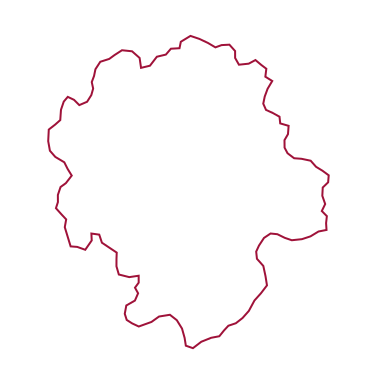 Coronel Pacheco, Minas Gerais, Brazil (Mercator projection), rotated 84°
{"feature_id": "56859067B41803653618931", "entity_name": "Coronel Pacheco", "entity_type": "district", "adm_level": 2, "iso_a3": "BRA", "parent_name": "Brazil", "parent_adm1": "Minas Gerais", "projection": "mercator", "projection_center": [-43.291, -21.602], "detail": "fine", "context": "isolated", "style": "outline", "palette": "rose", "viewbox_px": 384, "rotation_deg": 84, "n_neighbors": 0, "source": "geoboundaries", "source_scale": "gbopen_adm2", "svg_char_len": 1768}
<svg xmlns="http://www.w3.org/2000/svg" viewBox="0 0 384 384"><g transform="rotate(84 192 192)"><path d="M320.2,259.0L317.0,245.9L312.4,237.8L311.8,226.8L317.9,220.5L326.8,216.2L336.3,214.6L344.2,214.2L347.4,207.4L341.9,198.4L339.0,188.2L338.3,179.9L333.1,174.7L328.8,169.8L327.1,162.1L322.6,154.9L316.2,147.9L306.4,141.2L299.9,134.0L292.7,127.2L283.3,127.7L273.0,128.8L265.2,134.4L258.0,134.4L252.3,131.0L245.2,125.2L241.5,118.2L242.9,111.5L247.3,104.5L250.4,97.8L250.4,87.6L248.5,78.8L244.5,70.3L243.8,62.2L237.0,61.9L230.1,60.4L224.5,64.9L217.9,60.8L209.4,62.8L201.2,61.5L196.6,55.6L189.7,54.3L184.5,60.0L179.9,66.0L173.3,70.7L170.4,79.7L169.1,86.9L163.5,92.9L157.6,95.3L150.1,94.6L144.5,90.5L136.3,89.0L133.0,97.1L126.3,97.1L121.8,103.5L118.1,109.8L111.6,111.9L104.7,109.7L97.2,106.0L90.0,100.6L85.0,107.0L77.2,105.2L72.9,109.8L67.4,115.1L70.3,122.2L70.3,132.0L63.2,135.1L56.3,134.4L49.4,139.4L49.0,147.2L50.6,153.6L45.4,160.6L40.5,168.7L36.6,177.2L41.4,187.4L47.7,189.4L47.3,198.0L52.6,203.6L53.8,212.8L62.0,220.6L63.2,229.7L53.2,230.1L45.8,236.9L43.7,246.8L47.7,254.7L51.0,260.4L52.9,269.6L59.8,275.2L66.4,277.3L72.2,280.2L78.8,279.5L85.1,282.0L91.3,286.9L93.8,295.0L88.0,299.7L84.4,305.6L88.7,310.1L96.5,313.7L106.7,315.5L110.7,321.1L114.9,327.9L126.4,329.7L136.1,329.0L142.8,324.3L149.1,315.9L156.0,313.3L163.1,309.9L170.0,316.5L173.3,322.2L180.9,325.7L188.0,326.4L193.9,329.0L200.4,324.3L206.1,320.0L213.7,322.2L225.1,320.0L233.4,318.4L234.6,311.9L238.3,304.2L229.7,296.8L222.8,296.4L224.7,288.7L233.0,286.9L239.5,279.1L244.4,273.2L250.7,274.1L258.0,274.9L266.4,273.4L270.1,263.3L269.7,253.8L276.6,254.5L281.2,258.7L287.1,256.2L294.0,260.1L298.0,269.2L306.1,271.6L312.4,270.3L316.4,265.3L320.2,259.0Z" fill="none" stroke="#9f1239" stroke-width="2"/></g></svg>